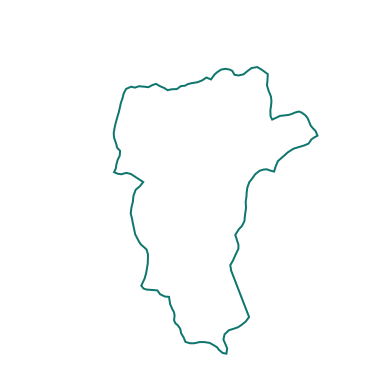 the district of Brodowski, São Paulo, Brazil, rotated 203°
{"feature_id": "56859067B88717252017859", "entity_name": "Brodowski", "entity_type": "district", "adm_level": 2, "iso_a3": "BRA", "parent_name": "Brazil", "parent_adm1": "São Paulo", "projection": "equal_earth", "projection_center": [-47.633, -21.044], "detail": "fine", "context": "isolated", "style": "outline", "palette": "teal", "viewbox_px": 384, "rotation_deg": 203, "n_neighbors": 0, "source": "geoboundaries", "source_scale": "gbopen_adm2", "svg_char_len": 2206}
<svg xmlns="http://www.w3.org/2000/svg" viewBox="0 0 384 384"><g transform="rotate(203 192 192)"><path d="M271.5,179.8L267.5,179.8L264.0,180.7L260.0,183.9L255.4,184.7L240.8,182.1L242.3,176.7L244.7,172.2L244.4,165.6L242.6,159.8L241.6,153.7L240.0,148.2L237.2,144.6L235.1,141.4L227.8,130.9L221.0,125.3L218.5,123.7L211.5,121.4L208.1,117.3L204.8,109.0L202.5,99.4L201.8,93.6L202.1,86.0L199.0,84.2L195.9,84.4L189.9,86.4L185.4,87.9L181.4,85.4L176.0,85.2L172.2,86.5L168.2,80.1L164.5,76.6L161.6,74.3L159.8,71.6L158.4,66.9L156.0,64.7L152.9,63.7L149.3,61.4L146.8,57.7L142.6,54.6L139.5,51.5L135.0,51.9L130.9,53.6L126.4,56.8L121.9,58.7L116.8,60.0L112.4,59.5L108.3,58.9L105.4,57.2L100.8,55.8L97.2,56.6L98.5,61.8L101.8,65.0L105.4,68.4L106.4,73.7L104.0,79.2L100.1,82.5L96.8,85.5L94.9,88.3L92.0,93.6L90.6,99.2L125.3,135.0L128.2,139.7L127.5,144.8L127.4,151.0L127.1,157.8L128.6,161.5L131.9,165.4L135.4,169.4L134.3,176.2L132.7,180.4L132.4,185.8L134.3,191.8L136.0,198.4L138.8,204.0L140.0,208.8L141.6,213.3L142.8,217.9L143.1,223.4L141.8,228.2L140.7,233.3L138.0,238.0L135.1,240.5L132.1,242.1L128.4,242.3L124.4,242.9L125.0,248.1L125.0,254.0L122.2,259.8L119.2,266.1L115.5,271.5L111.1,275.2L106.9,278.7L103.7,282.0L102.6,287.1L100.8,290.0L98.5,292.9L102.1,296.4L105.4,297.8L108.6,299.4L111.3,302.1L114.3,305.1L117.6,306.9L121.8,307.9L124.9,307.9L128.0,305.6L131.0,302.5L133.4,300.6L136.9,298.6L140.8,296.4L144.0,292.7L146.5,290.0L149.2,292.3L151.8,297.8L153.0,302.5L154.4,306.7L156.6,310.7L161.2,315.3L164.6,319.4L166.2,324.4L168.3,330.1L171.7,330.9L175.8,331.9L180.8,332.5L185.5,329.5L188.1,325.2L190.6,320.4L194.8,317.4L198.7,316.5L202.2,319.2L205.1,319.4L209.0,318.6L213.0,316.1L215.7,312.0L217.2,308.9L218.5,303.0L223.5,303.0L226.2,298.8L229.8,295.2L234.5,292.3L237.9,289.8L240.1,287.0L243.4,285.3L246.2,280.8L250.7,278.7L254.3,276.2L258.2,276.9L263.3,276.9L267.3,277.5L270.2,275.0L273.0,271.5L277.6,270.1L282.2,268.6L285.3,265.8L289.1,265.2L292.9,261.2L293.4,255.9L292.6,251.4L292.3,246.3L291.6,242.6L290.6,237.1L290.0,231.8L289.5,227.9L288.6,222.1L287.1,215.7L285.1,211.7L281.1,207.3L278.2,203.5L274.3,201.8L272.7,197.1L273.0,192.7L272.4,188.0L271.3,183.8L271.5,179.8Z" fill="none" stroke="#0f766e" stroke-width="2"/></g></svg>